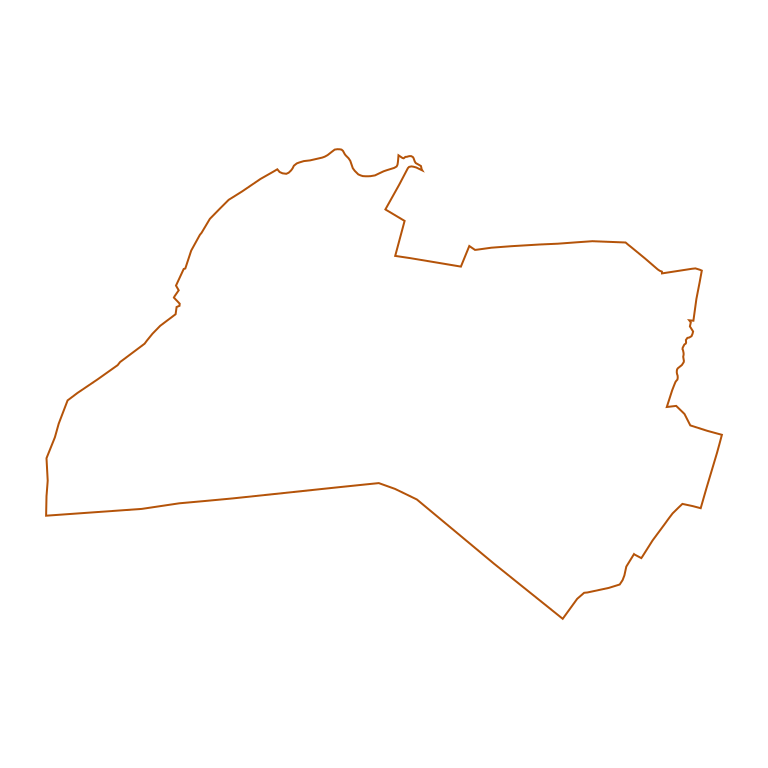 Seleus, Arad, Romania (Mercator projection)
{"feature_id": "2599482B93238774632667", "entity_name": "Seleus", "entity_type": "district", "adm_level": 2, "iso_a3": "ROU", "parent_name": "Romania", "parent_adm1": "Arad", "projection": "mercator", "projection_center": [21.739, 46.383], "detail": "fine", "context": "isolated", "style": "outline", "palette": "amber", "viewbox_px": 768, "rotation_deg": 0, "n_neighbors": 0, "source": "geoboundaries", "source_scale": "gbopen_adm2", "svg_char_len": 2708}
<svg xmlns="http://www.w3.org/2000/svg" viewBox="0 0 768 768"><path d="M700.7,508.2L706.5,488.0L717.0,452.9L719.5,443.8L721.9,434.8L716.7,433.4L707.2,430.8L690.3,425.4L684.5,414.0L679.9,409.5L676.2,405.9L666.8,407.0L672.2,390.2L674.1,385.3L675.4,382.1L676.3,380.8L677.4,379.6L677.7,378.0L677.7,376.9L677.6,375.6L677.1,374.2L676.8,372.7L676.8,370.9L677.1,369.4L677.8,368.3L681.9,365.0L683.7,362.2L683.9,360.9L683.2,356.8L683.6,354.8L683.6,353.2L683.4,352.1L683.0,350.2L682.5,349.2L682.7,347.7L684.3,344.6L685.8,343.5L686.1,342.4L685.9,340.0L687.4,337.9L689.3,337.5L691.5,336.2L692.5,333.9L693.1,331.5L689.9,326.4L690.8,322.4L689.2,320.3L693.4,320.7L696.4,298.9L699.6,282.5L701.8,270.6L699.7,269.7L695.4,268.4L691.8,268.8L662.0,273.4L661.9,271.6L659.8,270.8L657.7,269.4L644.7,258.2L631.3,247.2L628.4,244.9L625.6,242.5L592.4,241.2L576.7,242.3L557.8,243.7L539.6,244.5L511.3,246.2L491.4,247.7L476.9,249.7L475.0,249.9L469.3,246.0L460.9,266.6L409.3,258.0L395.2,255.9L404.6,220.9L386.1,209.9L385.4,209.4L399.2,184.7L407.9,168.1L409.1,166.9L411.4,166.4L413.4,166.7L416.3,167.5L420.2,169.4L422.3,170.4L421.6,169.2L421.3,167.5L420.9,166.0L418.5,164.6L415.8,163.1L414.8,161.6L413.6,158.2L412.8,157.0L411.1,156.1L409.6,156.1L408.2,156.4L406.9,156.8L405.4,156.9L403.7,158.3L402.5,158.0L398.5,155.3L398.2,159.0L397.9,162.1L397.5,164.7L396.6,166.5L394.2,167.9L386.8,170.2L383.6,171.3L378.5,173.7L375.0,175.4L370.2,176.2L366.3,176.3L362.8,176.1L360.9,175.5L358.3,174.4L354.8,170.9L352.8,168.2L350.3,160.9L348.6,158.3L346.1,155.8L345.3,154.9L344.6,153.9L343.0,150.9L341.5,149.6L339.7,149.3L337.4,149.2L334.7,149.6L331.8,151.8L327.6,155.1L324.7,156.7L322.2,157.6L310.0,160.4L303.8,161.1L299.2,162.5L296.8,163.4L293.9,165.7L292.5,168.5L291.0,170.5L288.7,172.7L286.3,173.8L282.5,173.3L279.6,172.0L277.3,169.3L273.6,171.5L260.4,179.0L242.0,191.5L228.7,199.8L220.2,208.3L209.9,218.8L201.5,232.9L199.9,234.8L191.2,250.6L185.3,268.5L183.7,269.0L176.0,285.6L178.7,290.3L174.5,296.4L173.9,297.6L179.7,303.7L179.5,305.8L176.6,307.0L175.6,314.2L160.2,325.8L152.5,333.7L146.9,340.6L144.6,343.7L135.0,350.9L120.0,362.1L117.7,365.1L97.7,379.3L77.4,393.0L67.6,400.4L58.7,423.7L54.9,437.3L46.5,458.2L47.7,480.7L46.7,493.8L46.5,496.2L46.1,515.7L93.9,512.3L141.8,508.9L179.3,503.3L206.0,500.9L232.8,498.4L320.8,489.1L339.8,487.1L366.0,484.4L378.8,483.1L395.0,488.9L416.9,499.5L482.0,553.7L493.9,563.6L528.3,591.2L562.7,618.8L577.2,598.8L584.1,592.8L585.0,592.7L587.3,592.5L608.8,587.9L619.7,584.5L622.6,580.1L624.4,575.4L626.3,566.6L634.0,554.1L634.3,554.4L641.3,558.1L642.1,557.0L652.6,540.4L665.2,523.4L667.7,519.9L669.4,517.6L672.6,513.4L678.4,507.7L682.4,503.9L692.7,506.1L700.7,508.2Z" fill="none" stroke="#b45309" stroke-width="2"/></svg>